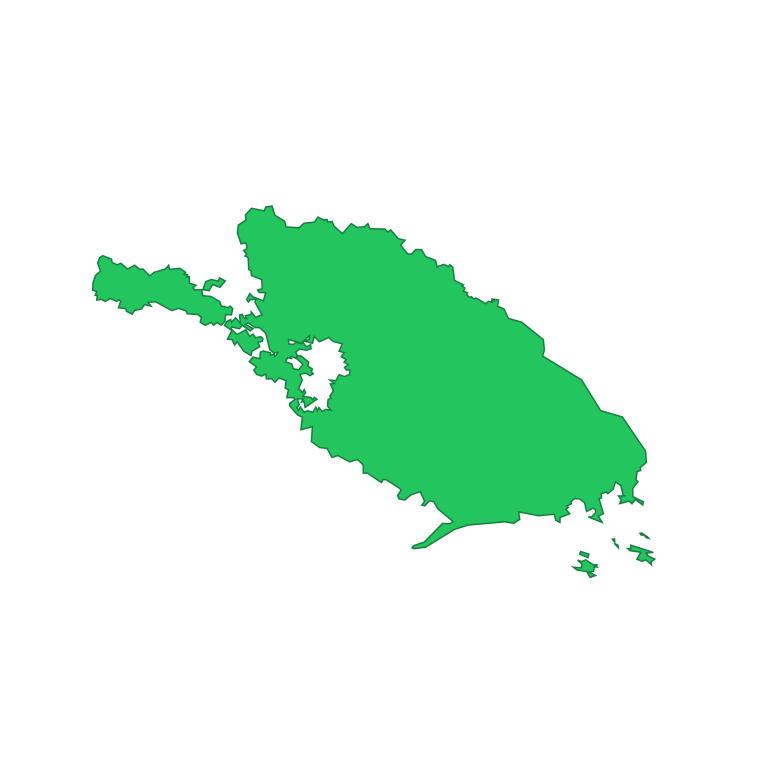 outline of Las Palmas, Veraguas, Panama, rotated 286°
{"feature_id": "35544464B23901142884801", "entity_name": "Las Palmas", "entity_type": "district", "adm_level": 2, "iso_a3": "PAN", "parent_name": "Panama", "parent_adm1": "Veraguas", "projection": "natural_earth1", "projection_center": [-81.526, 8.102], "detail": "fine", "context": "isolated", "style": "filled", "palette": "green", "viewbox_px": 768, "rotation_deg": 286, "n_neighbors": 0, "source": "geoboundaries", "source_scale": "gbopen_adm2", "svg_char_len": 6164}
<svg xmlns="http://www.w3.org/2000/svg" viewBox="0 0 768 768"><g transform="rotate(286 384 384)"><path d="M278.1,456.7L284.2,459.9L284.7,464.2L278.9,470.1L270.9,488.2L268.0,486.1L266.1,478.7L243.1,466.3L236.8,457.1L234.2,456.1L234.0,458.3L238.6,469.0L263.6,491.7L271.5,503.5L284.7,537.7L285.9,547.1L291.3,551.8L298.2,548.7L300.0,568.9L305.7,583.6L300.4,586.7L299.4,591.3L304.2,590.0L310.5,598.3L313.6,593.4L316.1,595.2L317.1,593.3L320.6,597.2L322.3,595.9L326.4,598.9L327.4,603.8L325.1,609.6L317.3,613.9L322.2,619.0L321.7,621.7L318.7,623.0L313.4,620.1L312.5,617.1L311.1,631.8L316.2,626.4L319.8,630.7L333.1,622.3L334.3,624.4L338.7,623.2L341.4,627.6L340.3,629.3L346.0,633.3L353.8,633.6L351.6,639.6L342.6,644.8L343.0,647.1L341.0,640.3L338.1,644.0L334.0,643.6L338.9,651.8L337.2,655.4L342.2,657.3L339.0,666.1L342.2,665.7L344.3,654.3L352.0,651.9L360.3,655.0L361.3,652.7L369.6,651.4L371.6,654.6L374.3,653.2L380.8,657.8L391.5,654.0L418.0,622.2L418.1,599.6L442.4,572.8L454.6,528.8L460.8,528.8L470.6,524.9L481.4,499.3L481.3,485.4L489.2,478.7L490.0,471.6L496.4,471.0L495.6,464.9L494.3,466.7L494.1,464.4L492.3,465.3L492.3,461.7L489.2,459.7L492.1,448.8L490.3,446.6L492.1,444.0L490.9,442.4L492.5,438.8L494.7,439.1L494.9,434.6L498.5,435.4L499.7,432.0L501.2,433.1L503.0,423.2L515.4,417.8L516.8,414.3L514.6,413.7L515.5,408.5L511.2,402.8L517.0,399.5L518.0,388.8L523.5,383.0L522.0,377.4L516.5,374.7L515.5,371.0L521.9,361.7L528.0,364.6L527.6,357.8L534.0,347.9L531.2,345.9L533.2,342.1L529.3,327.6L533.7,324.3L529.9,322.0L527.1,315.2L529.1,308.3L517.1,302.6L521.9,292.5L526.0,289.3L524.1,285.5L526.4,284.0L525.0,280.6L526.3,274.5L520.5,272.6L516.4,262.7L510.9,259.5L507.9,246.6L513.1,243.6L516.2,232.5L524.2,227.4L521.6,221.6L517.4,221.1L516.4,208.2L508.2,204.2L503.6,206.2L496.7,200.2L488.7,201.5L479.3,208.0L481.5,212.1L479.0,214.2L476.1,214.8L473.6,212.3L471.0,216.3L468.6,215.1L468.2,218.5L456.9,222.4L456.3,224.8L451.7,226.7L450.6,237.8L442.1,240.7L439.5,236.6L437.5,238.9L439.3,245.0L430.8,245.2L431.7,233.7L434.0,230.1L427.2,228.7L425.5,231.2L428.0,231.9L430.1,237.3L426.9,237.5L417.0,247.6L412.7,242.2L416.8,236.5L414.2,237.1L411.3,231.8L409.0,234.2L409.0,230.8L411.8,228.6L410.5,226.1L402.4,229.5L406.7,223.2L401.2,220.4L403.7,218.9L400.8,215.6L396.3,214.5L393.8,222.0L396.8,222.0L397.2,229.7L401.5,231.6L398.1,240.8L401.2,242.9L403.2,234.0L405.4,236.8L402.7,244.5L403.8,248.8L400.1,256.5L385.5,264.7L383.5,269.7L385.3,273.3L381.8,272.6L380.6,271.6L382.6,270.2L380.2,266.7L382.7,266.4L382.4,258.7L380.4,256.3L374.1,257.7L373.8,250.6L368.4,248.3L365.3,256.7L361.4,255.1L358.1,259.0L357.9,264.2L361.0,267.8L356.4,269.5L358.1,274.7L355.6,278.7L360.8,281.3L360.3,289.0L352.9,290.1L352.1,293.7L344.1,294.3L345.9,300.9L344.7,302.8L339.4,298.7L337.1,299.2L330.4,309.6L329.6,314.7L317.1,316.7L323.2,327.0L308.6,330.1L305.2,339.8L306.4,346.9L299.1,354.2L302.5,359.4L299.7,372.5L304.1,379.2L300.5,386.2L292.6,388.7L293.8,392.4L288.6,408.8L291.8,409.3L292.6,412.6L288.0,427.8L286.6,429.7L280.8,427.8L277.8,429.9L278.1,435.8L284.7,440.4L290.6,448.5L282.6,455.3L278.0,453.8L278.1,456.7ZM339.7,314.6L350.8,323.7L352.0,320.9L349.4,319.6L350.9,317.2L349.6,309.2L354.0,311.1L356.6,308.8L353.3,308.2L356.2,303.2L365.1,304.4L370.1,300.6L373.0,305.8L371.6,310.6L374.3,313.2L375.6,310.8L378.7,311.0L380.4,305.5L384.2,305.7L388.1,296.3L387.2,293.5L384.5,292.7L380.6,300.6L374.1,298.1L373.7,292.5L378.0,289.7L378.1,283.3L382.8,284.1L383.0,288.9L383.5,286.2L385.1,287.5L384.4,291.8L387.4,293.0L390.3,290.3L394.5,293.4L395.0,300.2L397.8,304.2L401.6,302.6L398.3,299.1L401.7,294.5L399.9,293.5L399.8,287.9L397.2,286.1L396.2,281.6L400.5,279.9L400.4,293.3L410.1,299.1L406.3,299.8L403.3,295.4L403.4,304.0L410.5,303.9L406.8,310.2L413.5,318.2L410.9,323.4L411.1,332.9L403.1,331.7L403.1,337.1L398.5,335.3L397.1,340.8L393.9,339.6L392.5,344.5L389.1,341.5L387.1,343.9L388.1,347.5L383.7,348.3L380.2,343.9L380.6,338.4L373.9,336.8L372.9,330.9L370.8,336.3L369.3,332.4L363.8,337.2L357.2,335.4L355.7,337.1L353.7,334.5L347.2,335.8L344.1,340.3L343.6,335.1L340.5,332.1L343.3,327.9L340.0,327.4L343.0,324.8L337.4,323.7L337.1,317.7L334.7,315.2L338.9,310.0L335.0,308.9L337.3,306.8L340.8,308.3L345.7,304.7L347.4,310.5L343.9,309.7L345.2,311.9L339.7,314.6ZM392.7,190.3L391.1,195.8L395.5,201.2L393.6,204.0L396.9,206.4L395.8,211.5L400.4,213.8L407.0,212.5L408.4,218.3L414.7,217.8L416.5,214.7L414.5,213.0L414.1,206.0L418.0,203.3L420.4,193.3L418.9,185.3L424.4,182.8L422.2,175.8L423.9,173.9L427.1,176.1L427.3,169.2L433.6,167.2L432.5,164.7L435.0,165.0L434.4,161.8L436.7,162.5L438.9,155.9L435.1,146.2L438.8,144.3L434.3,142.2L427.9,132.2L423.3,129.0L428.1,120.5L426.9,117.4L429.5,111.7L423.8,105.8L427.5,97.8L425.1,94.7L425.7,89.4L428.9,87.5L429.8,78.4L427.2,75.8L421.2,75.5L414.3,80.4L409.0,76.8L401.3,76.4L393.9,78.0L393.7,82.4L389.6,82.0L390.3,83.9L385.5,84.7L387.5,89.2L386.5,93.1L390.7,97.3L389.8,104.4L391.8,105.9L391.0,108.2L384.1,107.7L385.3,115.0L382.9,116.4L381.7,122.7L385.9,123.9L389.4,130.3L394.4,131.9L394.6,138.6L397.5,134.7L400.1,141.8L396.1,159.7L400.1,165.9L399.7,173.8L397.3,175.6L399.5,186.1L397.8,190.0L392.7,190.3ZM374.8,248.3L379.2,248.1L385.5,254.3L389.4,251.4L391.6,255.4L394.3,255.1L395.5,252.7L393.1,247.7L395.8,244.5L392.8,241.7L398.0,236.3L391.0,229.0L394.1,223.2L384.0,221.1L384.8,225.7L380.4,229.6L384.1,231.3L376.8,240.2L374.8,248.3ZM293.7,666.5L293.0,663.6L291.6,666.5L293.1,677.3L285.3,675.4L284.7,681.0L287.2,684.0L284.0,690.9L286.6,689.9L290.3,692.5L291.5,685.2L293.8,682.6L296.3,689.3L297.1,665.6L293.7,666.5ZM261.6,624.2L260.1,616.4L258.4,621.3L259.6,630.6L254.9,635.4L258.2,640.1L259.8,632.5L261.6,637.1L266.4,636.6L266.7,639.3L267.9,637.5L269.2,639.2L267.8,635.4L270.6,626.3L267.8,623.1L268.1,618.7L265.3,624.1L261.6,624.2ZM439.3,203.0L440.7,196.6L437.3,196.5L436.8,189.1L433.1,184.4L424.8,183.9L425.4,190.2L432.3,191.7L431.8,199.7L439.3,203.0ZM277.1,619.2L274.4,619.0L273.3,627.9L276.9,627.8L277.1,619.2ZM293.6,653.2L294.3,649.2L291.3,654.3L293.6,653.2ZM310.6,676.3L311.7,672.6L311.0,671.2L309.7,672.8L310.6,676.3ZM297.7,646.3L295.6,649.2L295.7,649.4L298.7,648.2L297.7,646.3ZM308.6,681.0L309.9,679.2L309.5,677.1L308.5,679.0L308.6,681.0Z" fill="#22c55e" stroke="#15803d" stroke-width="1.5"/></g></svg>